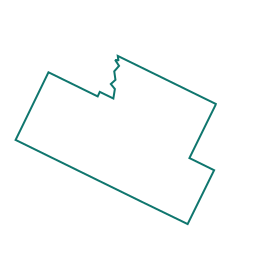 Garvin, Oklahoma, United States of America (Equal Earth projection), rotated 206°
{"feature_id": "52423323B22707808091897", "entity_name": "Garvin", "entity_type": "district", "adm_level": 2, "iso_a3": "USA", "parent_name": "United States of America", "parent_adm1": "Oklahoma", "projection": "equal_earth", "projection_center": [-97.251, 34.681], "detail": "fine", "context": "isolated", "style": "outline", "palette": "teal", "viewbox_px": 256, "rotation_deg": 206, "n_neighbors": 0, "source": "geoboundaries", "source_scale": "gbopen_adm2", "svg_char_len": 512}
<svg xmlns="http://www.w3.org/2000/svg" viewBox="0 0 256 256"><g transform="rotate(206 128 128)"><path d="M223.8,68.0L131.6,67.8L82.8,67.7L32.3,67.8L32.1,127.8L59.6,127.9L59.6,129.1L59.5,168.0L59.4,186.8L59.6,188.1L114.5,188.2L168.8,188.3L167.5,186.3L167.1,185.9L166.4,184.7L166.7,184.4L167.7,184.2L168.7,183.8L168.8,183.2L163.3,179.9L165.2,172.9L160.4,165.8L162.7,160.0L156.9,157.3L154.1,148.1L169.2,148.1L169.1,143.1L223.9,143.2L223.8,82.9L223.8,68.0Z" fill="none" stroke="#0f766e" stroke-width="2"/></g></svg>